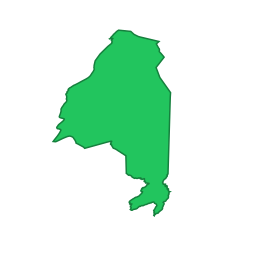 Eyjafjarðarsveit, Norðurland eystra, Iceland, rotated 329°
{"feature_id": "244011B64056494481770", "entity_name": "Eyjafjarðarsveit", "entity_type": "district", "adm_level": 2, "iso_a3": "ISL", "parent_name": "Iceland", "parent_adm1": "Norðurland eystra", "projection": "equal_earth", "projection_center": [-18.286, 65.228], "detail": "fine", "context": "isolated", "style": "filled", "palette": "green", "viewbox_px": 256, "rotation_deg": 329, "n_neighbors": 0, "source": "geoboundaries", "source_scale": "gbopen_adm2", "svg_char_len": 5615}
<svg xmlns="http://www.w3.org/2000/svg" viewBox="0 0 256 256"><g transform="rotate(329 128 128)"><path d="M88.5,200.2L89.5,200.7L90.2,200.6L91.2,200.7L92.0,201.2L92.9,201.3L93.1,201.5L93.7,201.6L94.7,201.6L94.9,201.5L95.7,201.3L96.6,201.2L97.0,201.0L97.4,201.0L97.7,201.1L97.8,201.4L98.0,201.5L98.6,201.5L99.0,201.5L100.1,201.6L100.2,201.8L100.4,202.1L101.1,202.4L103.0,202.5L104.8,203.1L106.6,203.1L106.7,203.3L107.1,203.5L108.0,203.6L108.7,203.8L109.0,204.1L109.8,204.0L110.4,204.1L110.8,204.3L111.5,204.4L112.0,204.7L112.1,205.4L112.0,205.9L112.0,206.2L112.3,206.6L113.0,207.6L112.9,208.5L112.8,208.8L112.8,209.3L112.6,209.5L112.1,209.8L111.0,210.0L110.3,210.5L109.9,210.9L108.6,211.5L107.5,212.0L107.5,212.4L107.4,212.7L107.5,212.8L107.6,213.0L106.9,213.5L106.9,213.8L106.7,214.0L106.8,214.2L106.5,214.3L106.4,214.7L106.6,215.0L106.8,215.1L106.8,215.3L106.7,215.5L106.4,215.7L106.0,215.7L105.8,215.9L105.2,215.9L105.1,216.0L105.3,216.7L105.6,216.4L105.9,216.3L106.9,216.1L107.9,215.9L108.4,215.9L109.0,216.2L109.6,216.2L110.0,216.4L110.3,216.4L111.3,215.9L115.2,215.4L115.3,215.3L115.9,215.0L116.1,214.9L116.3,214.2L116.7,213.8L117.5,213.4L118.2,212.7L119.4,212.0L119.8,211.7L120.0,211.3L120.1,210.6L119.8,209.9L120.2,209.7L121.0,209.6L121.9,210.0L122.7,210.0L123.2,209.8L123.5,209.6L123.8,209.4L126.2,208.8L126.7,208.6L127.4,207.5L127.7,207.2L127.7,206.6L127.8,206.4L128.8,206.0L128.8,205.6L128.9,205.4L129.4,205.3L129.5,204.8L129.6,204.6L130.1,204.3L131.0,204.2L130.4,203.8L130.5,203.3L130.4,203.1L130.5,202.8L130.3,202.6L130.2,202.4L130.7,201.9L130.5,201.6L130.5,201.4L131.2,201.2L131.3,201.0L130.9,200.6L130.3,200.2L130.8,199.9L130.9,199.2L130.8,198.7L131.3,198.5L131.4,198.2L131.6,198.0L131.1,197.7L130.1,197.4L129.9,197.3L130.0,197.0L130.9,196.7L130.6,196.4L130.2,196.2L130.4,195.8L131.0,195.5L131.1,195.4L130.7,195.1L129.5,194.6L129.3,194.4L129.4,193.7L129.6,193.4L129.4,193.3L129.4,193.1L129.7,192.9L129.7,192.4L129.8,192.2L130.2,191.9L130.6,191.8L130.7,191.6L131.8,191.1L132.2,190.8L132.6,190.7L134.2,190.7L135.2,190.2L135.7,189.8L136.5,189.7L137.3,188.8L137.1,188.6L137.2,188.4L137.9,188.1L138.6,188.0L177.8,126.9L180.2,123.2L182.7,119.6L181.3,101.1L183.2,90.6L195.4,85.9L195.4,85.4L194.7,81.1L194.2,78.9L194.2,78.5L195.1,77.4L195.4,76.7L195.5,76.3L195.5,75.9L195.4,75.4L195.6,70.5L199.1,69.8L184.9,55.9L183.9,54.8L181.4,50.9L180.1,46.6L170.3,39.3L168.0,39.4L164.8,40.2L163.6,40.3L163.3,40.7L163.0,40.8L161.6,41.1L160.6,41.4L160.0,41.5L159.4,42.0L158.7,42.1L158.2,42.1L158.3,42.3L159.4,42.1L160.2,42.6L161.0,43.4L160.8,43.5L160.6,43.7L160.0,43.7L160.0,43.8L159.6,43.8L159.0,44.0L159.2,44.5L159.0,45.6L158.4,46.0L158.4,46.3L158.3,46.5L157.8,46.8L157.7,47.0L152.7,47.7L142.2,50.2L134.5,53.5L131.2,56.9L130.7,57.7L129.9,58.7L129.8,59.0L129.4,60.1L129.2,60.4L127.2,61.7L125.3,62.5L122.7,63.8L121.0,64.2L119.7,64.4L117.0,64.4L111.8,64.1L108.7,64.0L104.6,63.7L103.6,63.5L101.2,63.6L100.2,63.7L98.9,63.6L97.5,63.8L96.6,64.1L96.5,64.3L96.6,64.6L96.5,65.0L94.6,65.5L94.1,65.8L94.1,66.5L92.6,66.8L92.2,67.0L92.0,67.4L92.0,67.9L91.9,68.8L91.5,69.7L90.8,70.9L90.2,71.2L90.1,71.3L90.0,71.7L90.1,72.3L89.8,72.8L89.4,73.2L88.7,73.7L88.3,73.9L85.8,74.5L84.3,75.3L82.2,76.2L80.6,77.1L80.0,77.8L79.4,79.0L79.2,79.2L77.4,80.9L75.1,82.7L74.9,83.0L74.8,83.4L75.1,84.1L75.5,84.6L77.9,87.1L78.0,87.6L77.8,87.8L76.7,88.3L75.7,88.6L70.9,89.3L69.7,89.6L68.4,90.3L67.7,90.5L67.2,90.8L67.1,91.2L67.0,91.6L67.1,92.2L68.4,93.3L69.1,94.1L69.5,95.0L69.4,95.3L67.6,96.5L65.9,97.4L63.2,98.6L59.1,100.1L56.9,101.0L58.3,102.1L58.7,102.4L59.3,102.6L61.0,102.8L67.3,103.4L71.2,104.0L72.0,104.2L73.2,104.6L73.9,104.9L74.6,105.5L75.8,107.1L76.1,107.9L76.2,110.2L76.3,111.4L76.0,113.5L75.7,114.2L77.0,116.2L80.1,121.5L80.4,123.1L103.0,129.4L106.4,130.5L106.7,130.6L107.1,131.0L106.9,131.3L106.3,131.4L105.8,131.8L104.9,132.6L104.7,133.0L105.4,133.3L105.4,133.6L105.0,133.9L105.0,137.7L106.4,139.5L111.9,150.7L103.5,165.5L103.2,165.8L104.1,168.7L105.0,169.1L105.3,169.3L105.4,169.9L105.9,170.2L106.0,170.4L106.3,171.0L106.2,171.9L106.3,172.2L106.3,172.3L106.4,172.5L106.6,172.6L106.6,172.8L106.7,173.0L106.9,173.1L107.1,173.4L107.1,173.7L107.4,174.1L107.5,174.3L107.8,174.6L108.3,174.6L108.8,174.8L108.9,175.1L109.2,175.5L109.8,175.7L110.1,176.0L110.3,176.2L110.8,176.3L111.6,176.3L111.9,176.6L111.9,176.8L112.0,176.9L113.0,177.2L113.2,177.4L113.0,177.6L112.6,177.9L112.5,178.0L112.7,178.3L113.1,178.4L113.5,178.6L113.6,178.9L113.4,179.0L113.5,179.3L114.3,179.4L115.1,179.7L115.7,179.7L115.9,179.9L115.9,180.1L115.8,180.3L115.1,181.0L115.2,181.4L115.2,181.9L114.9,182.1L114.4,182.3L114.6,182.6L115.0,182.8L115.2,183.1L115.0,183.3L115.0,183.5L114.9,183.9L114.8,184.2L115.9,184.8L115.9,185.1L116.3,185.6L116.7,185.7L116.8,185.9L117.4,186.1L117.4,186.4L117.3,186.5L117.1,186.6L115.9,186.5L115.6,186.4L114.7,186.5L114.4,186.9L113.9,187.0L113.5,187.2L112.9,187.3L112.4,187.3L111.6,187.4L111.0,187.1L110.0,187.1L109.8,187.0L109.8,186.8L109.6,186.8L109.1,186.9L108.6,187.1L108.7,187.4L108.4,187.4L108.0,187.6L107.7,187.8L107.3,188.0L106.7,188.4L106.6,188.9L106.7,189.1L106.7,189.3L107.0,189.4L107.6,190.0L107.1,190.6L106.0,191.1L105.0,191.3L102.5,191.9L101.9,192.0L101.3,191.9L101.0,191.8L100.7,191.8L99.8,191.7L99.1,191.4L98.5,191.3L96.4,191.4L95.4,191.3L94.9,191.4L93.6,191.4L93.0,191.5L92.4,191.5L92.0,191.6L91.5,191.7L90.8,192.2L90.7,192.8L90.8,192.9L91.2,193.2L91.2,193.3L91.1,193.5L90.6,193.8L90.8,194.0L90.5,194.5L91.4,194.7L92.0,195.0L91.8,195.2L91.8,195.3L91.4,195.4L90.6,196.1L89.6,196.5L89.4,196.9L89.6,197.1L89.7,197.9L89.5,198.3L88.8,198.6L88.5,198.8L88.0,199.0L88.5,200.2Z" fill="#22c55e" stroke="#15803d" stroke-width="1.5"/></g></svg>